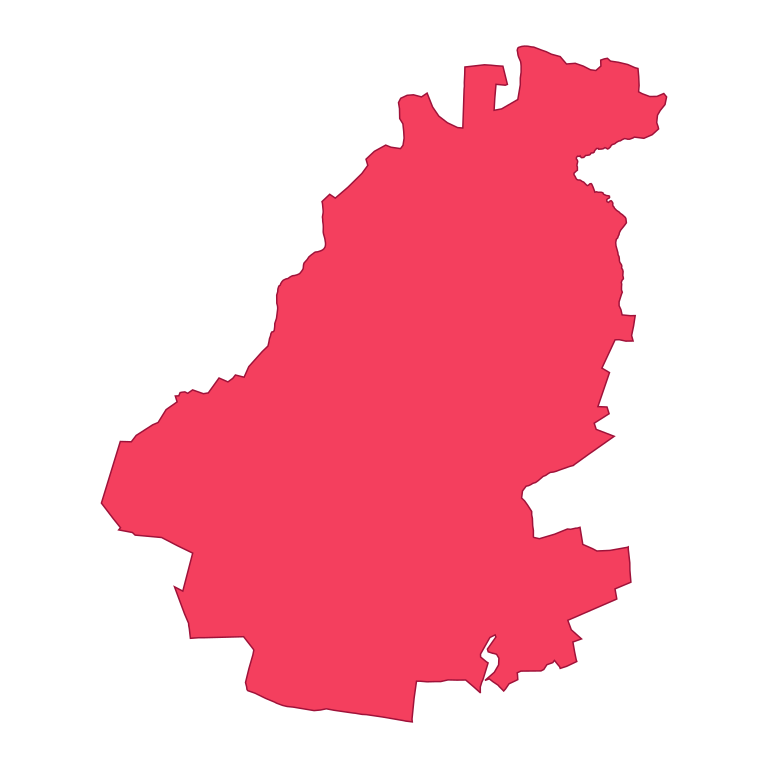 Ixtacomitán, Chiapas, Mexico
{"feature_id": "50627088B13512547734143", "entity_name": "Ixtacomitán", "entity_type": "district", "adm_level": 2, "iso_a3": "MEX", "parent_name": "Mexico", "parent_adm1": "Chiapas", "projection": "natural_earth1", "projection_center": [-93.084, 17.427], "detail": "fine", "context": "isolated", "style": "filled", "palette": "rose", "viewbox_px": 768, "rotation_deg": 0, "n_neighbors": 0, "source": "geoboundaries", "source_scale": "gbopen_adm2", "svg_char_len": 6069}
<svg xmlns="http://www.w3.org/2000/svg" viewBox="0 0 768 768"><path d="M600.7,60.1L600.9,66.1L595.9,70.5L590.5,69.8L583.3,66.1L575.2,63.3L566.5,64.0L560.2,56.6L551.4,54.2L546.2,51.7L541.6,50.1L533.8,47.1L531.5,46.9L527.8,46.2L524.6,46.1L521.8,46.4L518.6,47.4L517.8,48.1L517.2,50.2L517.6,52.1L518.0,55.0L518.6,57.0L520.6,61.6L520.9,63.6L521.1,66.1L521.1,72.2L520.3,78.1L520.3,84.8L517.8,99.5L501.6,108.9L494.1,110.3L494.8,98.2L496.0,84.3L505.3,85.2L507.4,84.4L502.9,66.2L497.0,65.8L490.9,65.2L484.4,64.8L464.9,67.0L464.7,74.7L464.3,82.7L464.4,86.3L464.1,89.2L462.9,125.7L462.8,128.0L462.6,128.0L457.6,127.6L447.3,122.7L438.8,116.1L432.6,107.0L427.1,93.1L421.5,96.9L413.5,94.8L407.1,95.3L400.7,98.3L398.5,102.6L399.5,108.7L399.7,118.6L402.9,123.8L403.7,131.4L404.1,138.2L403.0,145.3L400.5,148.6L390.9,147.2L385.7,145.1L374.4,151.3L366.0,159.2L367.8,165.4L361.9,173.5L348.0,187.2L335.3,198.1L329.7,194.3L322.0,201.6L322.5,203.7L323.2,211.2L323.1,213.0L322.4,217.0L322.7,219.3L322.7,221.0L323.2,224.7L323.3,226.9L323.2,232.0L323.5,233.9L324.5,237.4L324.9,239.0L325.5,243.0L325.5,245.0L325.1,246.9L324.0,248.7L322.6,249.9L320.8,250.8L317.7,251.8L315.6,252.0L314.6,252.4L312.7,253.9L311.5,254.7L308.9,256.9L307.2,259.5L305.3,261.6L304.0,263.1L303.5,265.0L303.2,268.5L302.5,269.9L301.4,271.5L300.3,272.8L299.7,273.6L297.1,274.8L294.5,275.5L292.8,275.7L291.9,276.0L290.0,277.0L288.0,278.5L286.0,278.9L283.3,280.2L282.0,281.6L280.8,283.5L280.2,285.2L278.8,286.1L277.9,289.0L277.7,291.8L276.7,295.1L276.8,303.3L277.5,305.9L277.7,308.2L277.5,310.3L276.5,318.3L274.8,323.5L274.7,326.7L274.2,330.6L273.2,331.7L271.8,332.0L270.9,333.7L270.5,335.9L269.5,338.6L268.9,342.0L268.0,346.0L262.3,351.5L248.8,366.6L244.1,377.2L235.4,375.0L232.8,378.3L227.9,381.9L219.0,378.0L208.3,392.9L203.4,393.7L192.6,389.9L187.7,393.3L184.9,391.9L182.0,392.2L180.1,392.6L178.8,395.8L175.3,396.0L177.1,401.9L166.1,409.6L158.1,422.5L152.7,424.8L136.2,435.4L131.3,441.8L120.3,441.5L101.4,503.1L113.6,519.1L120.5,527.7L118.7,529.9L132.4,532.5L135.1,535.1L161.6,537.5L177.6,545.8L192.7,553.1L182.8,591.1L174.5,586.8L184.6,614.0L188.6,623.3L188.7,625.4L189.3,628.6L190.4,638.3L198.8,637.7L204.5,637.7L243.6,636.7L253.2,649.0L253.8,650.1L252.9,654.8L248.9,668.7L245.5,682.5L246.6,686.7L247.0,689.6L247.9,690.7L254.8,693.1L265.5,698.3L267.8,699.3L274.6,702.1L276.4,703.1L282.6,705.4L287.1,706.5L293.2,707.1L314.1,710.6L320.5,710.0L326.3,708.8L334.3,710.3L352.9,713.0L355.0,713.2L362.1,714.4L366.3,714.6L382.6,717.0L403.5,720.6L405.8,721.1L412.3,721.9L412.0,719.2L414.1,698.2L416.5,681.2L420.0,681.2L427.1,681.8L434.8,681.6L440.6,681.6L448.0,679.9L457.0,680.1L465.7,680.0L473.3,686.5L480.6,693.0L480.3,692.4L480.3,686.9L481.9,681.8L482.5,680.6L483.1,679.2L488.1,662.9L486.5,661.9L480.6,657.0L480.5,654.1L489.9,637.5L495.1,634.9L495.9,637.0L487.4,649.1L488.2,651.8L492.7,653.3L494.0,653.5L496.6,654.3L498.9,658.2L498.6,664.9L494.3,672.3L485.0,680.4L489.3,678.9L489.7,679.2L492.9,681.7L497.7,684.9L498.5,685.6L499.0,686.3L503.7,691.0L505.5,689.0L509.0,683.8L515.4,680.8L517.8,679.6L517.5,674.9L517.2,672.8L520.9,671.1L541.0,670.9L543.8,669.5L546.9,664.7L552.8,662.6L554.4,660.4L554.7,660.7L557.7,664.5L559.6,666.7L560.2,668.4L566.7,666.3L576.8,661.5L576.2,659.7L574.6,651.9L572.9,642.0L581.5,638.9L571.3,629.8L567.8,620.3L616.8,599.0L615.0,588.9L630.9,582.2L629.9,570.3L629.8,562.9L628.3,549.6L628.2,546.9L627.4,547.3L610.0,550.4L596.9,551.0L592.6,548.7L582.8,544.4L580.0,527.3L577.0,528.2L576.0,528.1L570.6,529.3L567.4,529.0L554.6,534.2L539.4,538.7L534.1,537.5L533.5,537.1L533.4,536.7L533.4,530.4L532.7,525.8L532.4,518.4L531.7,514.9L531.7,511.5L527.6,505.1L524.6,500.9L521.6,498.0L522.5,491.0L526.1,486.2L528.7,485.6L530.8,484.6L532.9,483.3L535.6,482.5L538.0,480.8L543.1,476.4L545.7,475.4L548.2,473.6L550.3,472.4L553.6,472.0L556.4,471.2L559.5,470.0L569.8,466.4L573.6,465.4L573.9,464.9L588.3,454.5L614.2,436.3L596.2,429.4L594.2,423.2L609.1,413.7L607.0,407.0L597.9,406.6L609.5,372.6L601.9,368.1L615.1,339.8L619.3,339.7L625.8,341.1L633.1,341.0L631.6,335.5L633.6,325.9L635.2,315.6L630.3,315.7L622.1,314.9L620.9,309.6L619.1,305.7L619.1,301.8L621.4,294.5L622.3,292.2L621.5,290.0L621.5,286.9L621.7,284.1L621.3,282.5L622.0,280.3L623.4,278.8L623.3,277.5L622.8,275.6L623.1,271.5L622.6,269.6L621.6,268.1L621.8,266.2L621.6,265.1L620.8,263.7L619.8,262.3L619.4,260.6L619.3,258.4L619.0,256.5L618.1,254.8L617.9,252.7L616.0,245.8L615.7,242.6L616.3,239.3L617.7,237.9L618.3,235.9L619.0,234.8L619.4,232.7L620.7,230.1L624.5,225.4L625.8,223.6L626.4,222.8L626.1,220.2L625.9,218.6L625.3,217.4L622.5,214.8L620.3,213.3L619.1,212.0L617.7,211.1L616.5,210.3L615.5,209.2L614.5,208.3L614.0,207.0L613.3,206.5L612.7,204.9L612.9,203.7L612.7,202.7L612.0,201.6L611.4,200.9L611.0,200.7L609.9,201.1L608.5,202.4L607.3,201.9L606.9,201.4L606.7,199.8L607.6,198.8L609.1,198.1L609.6,197.4L609.4,196.1L608.5,195.8L606.3,195.5L603.5,194.2L602.9,192.8L601.5,192.3L599.9,192.2L598.5,192.3L596.4,191.8L594.9,192.2L593.1,187.2L591.8,184.3L591.1,183.6L589.9,183.8L588.9,184.8L588.0,185.4L587.3,185.6L586.4,184.9L583.7,182.1L581.9,181.3L580.6,180.3L579.7,180.0L578.2,180.0L577.1,179.6L576.2,178.7L575.3,176.8L574.0,174.7L574.0,173.2L576.2,171.1L577.4,170.2L577.4,166.9L576.9,165.8L577.1,164.0L577.5,162.7L577.7,161.2L577.1,159.8L576.3,159.0L576.5,157.4L577.5,156.2L579.7,156.4L580.1,155.9L581.2,157.5L581.7,157.7L583.8,157.4L585.7,155.4L586.9,155.4L589.6,154.9L590.5,154.1L590.7,153.4L591.7,152.9L593.0,152.9L594.2,152.1L594.7,150.6L596.1,149.1L596.5,148.5L598.5,148.5L598.7,149.2L601.8,149.0L603.3,148.7L605.0,147.6L606.5,148.3L607.5,149.0L608.6,148.6L610.5,146.8L611.1,145.5L612.4,144.5L614.7,143.8L616.4,142.4L618.7,141.1L620.4,140.8L622.1,139.7L624.5,138.6L626.2,138.8L627.6,139.2L629.6,139.2L631.5,138.5L633.1,137.9L634.3,137.1L643.9,138.3L652.2,134.7L658.6,128.9L658.1,126.7L656.7,122.6L657.5,115.2L660.3,110.4L665.0,104.6L666.6,96.9L663.8,93.5L657.0,96.4L649.7,96.5L642.2,93.7L638.6,91.8L639.1,85.5L638.7,76.4L638.0,68.5L635.0,67.7L627.7,64.5L618.5,62.3L610.5,61.1L607.4,58.3L604.2,58.9L600.7,60.1Z" fill="#f43f5e" stroke="#9f1239" stroke-width="1.5"/></svg>